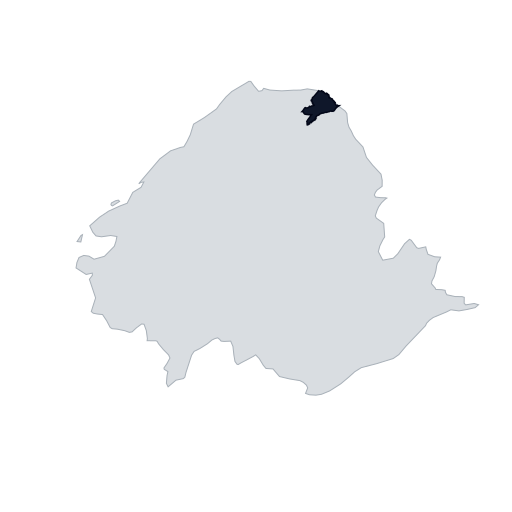 Banteay Ampil, Otdar Mean Chey, Cambodia shown in context, rotated 61°
{"feature_id": "14789045B51919019110008", "entity_name": "Banteay Ampil", "entity_type": "district", "adm_level": 2, "iso_a3": "KHM", "parent_name": "Cambodia", "parent_adm1": "Otdar Mean Chey", "projection": "equal_earth", "projection_center": [103.311, 14.149], "detail": "fine", "context": "in_parent", "style": "filled", "palette": "ink", "viewbox_px": 512, "rotation_deg": 61, "n_neighbors": 0, "source": "geoboundaries", "source_scale": "gbopen_adm2", "svg_char_len": 7134}
<svg xmlns="http://www.w3.org/2000/svg" viewBox="0 0 512 512"><g transform="rotate(61 256 256)"><path d="M406.5,85.0L407.4,89.4L405.0,97.6L402.4,105.1L397.5,111.7L397.3,116.5L395.7,130.9L396.3,135.5L397.5,139.4L399.1,141.5L403.5,155.6L407.5,168.4L411.5,178.9L412.2,185.6L408.7,202.5L404.7,218.0L405.1,225.8L406.9,233.5L408.9,243.9L409.7,257.1L408.7,265.7L406.8,271.0L403.3,276.5L400.2,279.3L396.4,274.7L393.4,274.5L389.4,275.9L386.3,278.0L379.9,286.1L372.8,293.9L363.0,295.9L359.2,301.8L355.1,302.6L347.3,302.9L342.3,304.2L342.5,307.2L342.2,321.0L342.3,324.2L341.5,325.1L338.0,325.5L332.0,323.4L323.9,320.0L318.2,319.4L315.2,325.4L313.5,327.8L311.3,328.2L309.0,329.2L308.3,331.9L308.1,335.3L309.2,341.0L309.7,350.2L309.4,356.4L311.5,360.4L323.9,373.7L327.5,377.0L328.0,379.0L325.8,386.2L327.8,396.3L323.9,396.1L317.5,391.8L314.4,389.1L310.6,391.2L309.3,390.8L306.8,385.8L303.5,380.7L300.1,380.4L292.9,382.4L285.5,383.8L282.7,383.8L281.6,384.7L277.3,392.3L275.5,391.0L268.1,388.1L261.4,387.0L260.0,389.0L260.8,395.2L262.3,401.2L261.4,403.8L257.7,407.0L252.8,412.7L249.8,417.1L247.8,418.2L240.3,418.0L232.8,418.6L229.9,422.8L227.1,426.1L224.7,427.0L214.9,416.6L195.6,413.0L193.5,408.4L191.6,407.5L189.8,413.5L179.2,419.2L174.8,415.7L171.5,411.5L172.0,406.4L175.1,402.2L180.3,399.2L182.8,388.7L178.8,375.2L175.2,371.3L171.5,368.2L167.6,373.2L164.3,381.8L160.9,386.2L156.1,387.2L149.0,386.8L146.2,374.0L145.3,363.1L146.3,350.6L147.4,343.1L140.6,332.9L140.2,323.2L136.9,318.2L135.9,320.7L136.0,323.5L135.1,321.5L124.4,293.0L122.6,279.7L124.4,269.5L125.5,266.1L122.4,260.8L118.1,254.7L110.4,246.7L109.9,234.1L108.2,219.2L105.8,214.2L102.3,205.1L100.4,197.5L99.8,177.5L100.8,175.9L106.2,175.3L113.2,173.9L114.3,170.6L113.1,168.0L117.6,163.4L124.0,153.5L129.0,143.1L132.5,136.6L134.7,130.1L141.9,120.9L151.8,114.5L158.5,113.1L165.5,110.9L172.3,107.8L175.5,107.5L183.8,111.2L188.3,112.2L193.0,112.1L198.0,112.5L202.2,112.2L212.5,109.6L223.3,111.6L233.0,110.0L245.0,107.0L250.9,108.9L256.2,111.9L257.0,118.0L258.2,120.7L260.0,122.9L262.4,122.9L265.5,118.6L268.0,114.3L268.8,113.5L269.0,115.6L270.3,120.4L272.5,125.0L274.9,128.1L278.7,132.2L281.2,132.4L289.4,128.5L301.7,134.2L303.2,137.0L307.2,142.8L311.5,146.9L321.1,147.2L324.5,137.0L322.8,130.9L317.3,120.1L315.8,113.7L317.5,112.6L326.7,111.4L328.2,110.1L330.3,103.1L332.8,103.9L337.9,104.8L343.3,100.1L346.5,95.1L348.3,97.3L350.2,100.9L352.3,102.9L356.2,105.9L360.5,110.2L363.2,114.3L365.4,116.0L370.9,114.8L372.4,115.0L375.5,109.9L377.7,107.2L379.6,107.9L382.4,107.9L388.1,101.4L391.4,95.5L393.1,93.9L398.3,96.9L400.4,96.3L403.3,88.2L406.5,85.0ZM142.6,357.2L141.6,357.9L140.6,357.9L139.5,356.7L139.6,352.1L140.4,349.3L142.1,348.8L142.6,357.2ZM158.8,402.4L156.6,405.5L153.2,399.1L153.2,397.4L158.8,402.4Z" fill="#d9dde1" stroke="#a8b0b8" stroke-width="1"/><path d="M166.0,147.6L166.1,147.4L166.3,147.2L166.2,146.9L166.4,146.9L166.2,146.4L166.3,146.3L166.3,146.2L166.1,146.3L166.2,146.0L166.2,145.9L166.2,145.7L166.3,145.5L166.2,145.5L166.1,145.3L166.1,145.2L165.9,145.1L166.0,145.0L166.0,144.8L165.8,144.8L165.6,144.7L165.8,144.5L165.8,144.4L165.6,144.4L165.6,144.2L165.5,143.9L165.5,143.7L165.4,143.4L165.4,143.2L165.5,143.0L165.6,142.9L165.3,142.8L165.3,142.7L165.5,142.7L165.4,142.6L165.4,142.4L165.5,142.4L165.5,142.6L165.5,142.4L165.6,142.1L165.7,141.9L165.8,141.8L165.8,141.7L165.6,141.7L165.6,141.4L165.4,141.0L165.5,141.0L165.5,140.9L165.5,140.7L165.5,140.3L165.4,140.4L165.5,140.2L165.4,139.9L165.5,139.7L165.4,139.5L165.3,139.1L165.2,139.0L165.3,138.9L165.3,138.7L165.1,138.7L165.0,138.4L165.0,138.2L165.1,137.8L164.9,137.7L165.0,137.7L164.9,137.6L165.0,137.5L164.9,137.4L164.9,137.2L164.7,137.3L164.7,137.2L164.4,136.9L164.3,137.0L164.2,137.0L163.9,136.9L163.7,136.7L163.5,136.4L163.4,136.2L163.5,136.1L163.5,135.9L163.4,135.9L163.3,135.7L163.2,135.4L162.9,135.1L162.8,134.9L162.8,134.6L162.9,134.2L163.0,134.0L163.0,133.6L163.0,133.3L163.1,133.2L163.1,132.9L163.2,132.7L163.0,132.4L162.9,131.8L162.9,131.6L162.7,131.3L162.7,130.9L162.9,130.5L163.0,130.2L162.9,129.8L162.9,129.3L163.0,129.1L163.2,128.9L163.3,128.7L163.3,128.2L163.5,128.0L163.6,127.9L163.7,127.7L163.7,127.3L163.7,127.2L163.8,126.9L163.8,126.7L163.8,126.2L164.1,125.6L164.2,125.4L164.2,125.1L164.3,125.0L164.5,124.8L164.6,124.7L164.7,124.1L164.8,123.4L164.8,123.2L164.9,122.7L165.2,122.4L165.2,122.2L165.3,121.6L165.2,121.3L165.3,121.0L165.4,120.7L165.4,120.3L165.4,120.2L165.5,120.1L165.7,119.8L165.8,119.9L166.0,119.8L166.2,119.6L166.3,119.4L166.5,118.9L166.6,118.6L166.8,118.4L166.7,118.1L166.6,117.9L166.6,117.7L166.8,117.5L166.8,117.2L166.7,117.0L166.4,116.7L166.4,116.4L166.2,116.2L166.2,115.9L165.9,115.7L165.8,115.3L165.7,115.1L165.6,114.9L165.6,114.7L165.5,114.4L165.4,114.4L165.3,114.0L165.2,113.8L165.2,113.7L165.1,113.1L165.1,112.8L165.0,112.4L165.0,112.2L164.8,110.5L164.7,110.7L164.5,111.0L164.3,111.4L164.2,111.5L163.7,111.6L163.6,111.9L163.7,112.1L163.8,112.4L163.8,112.5L163.2,112.6L162.9,112.7L162.7,112.8L162.5,113.0L161.7,113.0L160.9,112.9L160.6,112.8L160.2,112.3L159.9,112.4L159.8,112.7L159.8,112.9L159.7,113.1L159.2,113.0L158.8,112.6L158.7,112.6L156.7,113.3L155.8,113.1L155.7,113.1L155.1,113.6L154.9,113.8L154.6,114.1L154.0,114.3L153.5,114.9L153.0,115.3L152.9,115.2L152.6,114.9L152.4,114.9L152.2,115.0L151.9,115.0L151.6,114.7L151.2,114.5L150.6,114.3L150.3,114.3L150.0,114.3L149.8,114.4L149.6,114.7L149.4,115.0L149.4,115.3L149.1,115.9L149.1,116.0L149.0,115.8L148.9,115.7L148.7,115.2L148.4,115.0L148.0,115.4L147.6,115.6L147.6,116.1L147.7,116.4L147.7,116.6L147.4,116.9L146.8,117.2L146.6,117.1L145.8,117.2L145.6,117.2L145.3,117.4L145.0,117.4L144.8,117.5L144.7,117.6L144.6,118.0L144.4,118.3L143.9,118.2L143.6,118.3L143.4,118.3L143.3,118.7L143.4,119.2L143.1,119.6L142.9,120.1L142.7,120.2L142.6,120.5L142.3,121.0L141.9,121.1L144.5,127.9L144.6,128.2L144.6,128.3L144.7,128.5L144.8,128.9L144.7,129.0L144.8,129.3L144.8,129.5L144.9,129.8L145.0,129.9L145.1,130.1L145.4,130.3L145.6,130.4L145.6,130.5L145.8,130.7L146.0,131.0L146.2,131.3L146.4,131.4L146.5,131.4L146.5,131.6L146.5,131.8L146.7,131.7L147.0,131.8L147.2,132.1L147.3,132.2L147.3,132.3L147.7,132.1L147.9,132.0L148.0,132.1L148.4,132.3L148.5,132.3L148.6,132.1L148.9,132.1L149.0,132.1L149.3,132.4L149.5,132.1L150.0,132.1L150.2,132.3L150.4,132.5L150.7,132.5L150.8,132.5L151.0,132.6L151.3,132.4L151.5,132.3L151.6,132.2L151.7,132.3L152.1,132.4L152.3,132.3L152.4,132.2L152.5,132.2L152.5,132.5L152.4,132.7L152.2,133.7L152.1,134.0L151.8,134.3L151.9,134.7L151.9,134.9L151.9,135.1L151.9,135.3L151.8,135.6L151.6,136.0L151.4,136.2L151.2,136.4L151.0,136.6L151.1,137.0L151.5,137.6L151.6,137.8L151.6,138.1L151.5,138.7L151.5,139.0L151.2,139.6L151.0,140.1L150.8,140.3L150.6,140.6L150.3,140.8L150.2,140.8L150.1,141.0L150.1,141.4L150.7,142.8L151.4,144.1L151.7,144.9L152.0,145.8L152.3,145.3L152.5,145.1L153.0,144.9L154.8,144.8L155.3,144.7L155.6,144.5L156.4,143.6L158.3,140.9L158.7,140.0L159.1,139.4L159.4,138.8L159.6,139.2L159.7,139.8L160.2,140.8L160.3,140.9L161.4,143.4L161.7,144.1L162.8,146.1L163.0,146.2L163.1,146.4L163.5,146.4L163.8,146.6L164.3,146.6L164.7,147.0L165.2,147.3L165.7,147.4L166.0,147.6Z" fill="#0f172a" stroke="#020617" stroke-width="1.5"/></g></svg>